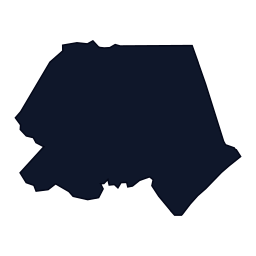 outline of Pender, North Carolina, United States of America
{"feature_id": "52423323B64112119736585", "entity_name": "Pender", "entity_type": "district", "adm_level": 2, "iso_a3": "USA", "parent_name": "United States of America", "parent_adm1": "North Carolina", "projection": "equal_earth", "projection_center": [-77.903, 34.513], "detail": "fine", "context": "isolated", "style": "filled", "palette": "ink", "viewbox_px": 256, "rotation_deg": 0, "n_neighbors": 0, "source": "geoboundaries", "source_scale": "gbopen_adm2", "svg_char_len": 1004}
<svg xmlns="http://www.w3.org/2000/svg" viewBox="0 0 256 256"><path d="M20.7,111.7L15.4,117.8L20.6,124.9L20.3,129.5L26.3,135.9L33.3,137.6L36.0,142.6L43.9,146.7L20.1,172.8L26.2,182.6L33.9,185.3L36.1,191.1L48.1,189.6L55.6,183.8L68.9,191.5L73.1,196.3L87.7,199.6L95.5,198.2L95.8,198.2L98.6,197.6L103.1,188.9L100.5,183.7L103.9,183.5L107.9,179.4L109.2,185.0L114.4,184.5L117.9,187.8L121.0,182.6L126.7,182.4L127.8,186.9L132.5,186.0L139.5,180.4L149.5,176.8L153.2,179.7L151.9,185.7L158.7,196.1L170.7,210.6L170.8,210.9L174.6,215.1L181.5,215.1L182.3,214.3L190.1,204.1L197.7,195.6L205.7,188.6L221.4,172.4L229.0,165.8L240.6,156.5L236.3,149.8L235.7,149.6L234.9,149.1L234.6,148.5L234.2,148.1L234.2,147.9L225.5,144.8L223.6,141.4L205.8,84.8L204.2,80.1L204.0,79.6L198.3,63.3L198.1,62.5L192.1,45.6L191.2,45.6L120.1,46.0L115.2,44.6L109.8,47.7L104.2,48.0L99.0,47.4L99.0,47.2L98.9,47.2L98.7,47.2L92.9,40.9L87.4,43.9L76.9,42.8L62.7,45.2L62.8,50.9L50.0,62.1L20.7,111.7Z" fill="#0f172a" stroke="#020617" stroke-width="1.5"/></svg>